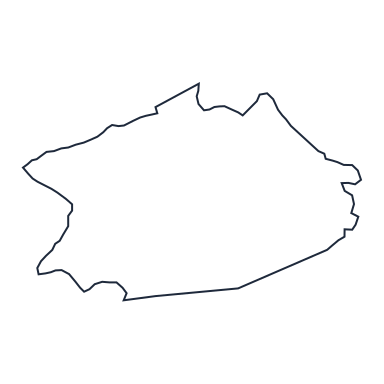 the district of Saltinho, Santa Catarina, Brazil
{"feature_id": "56859067B33666682456354", "entity_name": "Saltinho", "entity_type": "district", "adm_level": 2, "iso_a3": "BRA", "parent_name": "Brazil", "parent_adm1": "Santa Catarina", "projection": "albers", "projection_center": [-53.035, -26.587], "detail": "fine", "context": "isolated", "style": "outline", "palette": "slate", "viewbox_px": 384, "rotation_deg": 0, "n_neighbors": 0, "source": "geoboundaries", "source_scale": "gbopen_adm2", "svg_char_len": 1351}
<svg xmlns="http://www.w3.org/2000/svg" viewBox="0 0 384 384"><path d="M123.7,300.3L155.5,296.1L238.1,288.4L327.2,249.8L331.7,245.9L338.5,240.2L344.5,236.7L344.6,229.3L352.2,229.7L355.6,224.7L358.3,216.7L351.3,213.1L354.0,204.1L352.1,195.3L344.7,190.9L341.7,183.1L348.4,182.9L355.1,184.3L361.0,179.8L357.8,170.5L352.2,165.1L343.7,164.9L337.4,162.1L332.6,160.6L325.7,158.8L324.3,153.7L318.4,151.1L290.9,125.9L286.0,119.3L282.3,115.4L278.0,109.7L273.2,99.2L267.1,93.3L259.7,94.6L256.9,101.1L242.7,115.4L238.2,112.4L231.7,109.5L224.5,106.2L219.5,106.4L214.4,107.0L209.5,109.5L204.0,110.3L198.5,104.0L196.7,96.3L198.3,90.9L198.8,83.7L155.5,107.1L157.3,113.3L151.5,114.6L145.9,115.8L140.2,117.5L133.0,120.9L124.0,125.5L118.5,126.1L112.1,125.0L107.1,128.2L103.3,132.2L97.4,136.7L90.2,139.9L83.8,142.6L75.7,144.7L68.3,147.5L61.3,148.4L54.0,151.1L46.5,151.9L41.2,155.8L36.7,159.2L31.9,160.3L27.6,164.2L23.0,167.6L28.2,173.7L32.6,178.5L37.5,181.7L45.3,185.7L51.4,188.8L57.4,192.6L65.9,198.9L72.1,204.3L72.1,210.6L68.2,215.9L68.2,226.2L63.2,234.5L59.7,240.8L55.2,243.8L52.3,249.9L46.0,255.8L41.0,261.2L37.3,268.0L38.6,274.3L45.5,273.4L50.9,272.2L55.5,270.4L61.6,270.1L69.1,274.1L75.5,281.8L80.1,287.7L84.1,291.7L89.5,289.2L94.7,284.2L102.2,281.8L109.5,282.4L116.5,282.4L122.6,287.8L126.6,293.2L123.7,300.3Z" fill="none" stroke="#1e293b" stroke-width="2"/></svg>